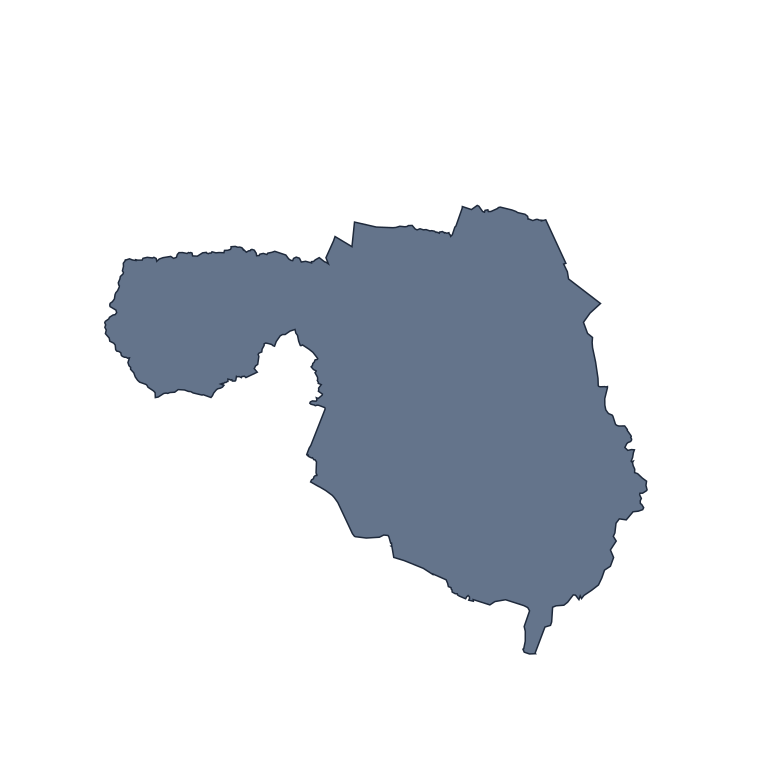 Musi Rawas, Sumatera Selatan, Indonesia (Mercator projection), rotated 19°
{"feature_id": "22746128B56500782521831", "entity_name": "Musi Rawas", "entity_type": "district", "adm_level": 2, "iso_a3": "IDN", "parent_name": "Indonesia", "parent_adm1": "Sumatera Selatan", "projection": "mercator", "projection_center": [103.025, -3.175], "detail": "fine", "context": "isolated", "style": "filled", "palette": "slate", "viewbox_px": 768, "rotation_deg": 19, "n_neighbors": 0, "source": "geoboundaries", "source_scale": "gbopen_adm2", "svg_char_len": 6159}
<svg xmlns="http://www.w3.org/2000/svg" viewBox="0 0 768 768"><g transform="rotate(19 384 384)"><path d="M444.4,535.1L449.7,544.8L460.4,544.4L481.2,545.5L492.2,548.2L492.1,547.7L506.5,548.9L509.1,551.8L510.8,554.6L513.6,554.7L514.3,556.0L515.3,556.6L516.2,558.5L519.6,559.1L521.6,558.5L522.2,559.5L524.2,560.0L531.1,560.5L531.5,558.2L532.4,556.6L534.0,557.4L534.7,558.9L534.5,560.8L539.2,560.3L538.5,558.8L556.0,558.4L559.7,553.6L569.2,548.4L588.4,548.0L592.7,548.6L595.5,551.1L595.5,567.7L598.1,571.8L601.3,581.2L602.3,588.8L601.7,589.5L603.9,591.9L609.4,591.9L615.0,589.7L614.5,589.4L615.3,561.4L620.0,558.0L620.0,554.4L616.1,540.2L618.9,537.7L626.1,534.6L628.7,530.5L631.6,521.8L633.8,521.3L638.5,524.4L638.5,520.5L640.6,522.6L641.9,518.8L647.5,511.4L652.2,504.2L653.1,496.4L653.1,488.2L657.4,482.6L657.6,473.3L652.1,467.2L654.7,456.9L650.4,453.4L650.8,449.6L648.7,440.1L650.4,434.9L657.3,433.6L661.1,423.7L665.8,421.5L669.5,418.6L669.8,416.4L666.9,414.0L665.3,413.5L664.3,411.0L664.6,408.4L661.8,405.6L661.5,404.0L664.1,403.0L666.9,399.5L667.2,398.4L664.7,394.6L663.9,390.4L659.0,388.9L653.0,386.2L649.8,386.2L648.8,382.9L646.2,380.1L644.6,377.5L644.8,375.8L643.5,376.9L642.8,376.5L643.0,372.6L642.2,367.8L642.2,364.7L639.4,365.4L636.1,367.4L632.4,365.6L633.0,361.3L633.8,359.9L635.9,358.1L636.3,356.5L636.1,355.5L634.6,354.1L634.9,353.3L634.4,352.5L629.0,348.6L628.9,347.8L625.2,345.3L619.7,347.3L617.3,347.3L615.9,346.6L610.9,339.9L609.8,339.1L606.3,338.9L605.1,338.4L602.1,336.2L599.7,332.1L597.5,326.0L596.5,314.8L596.2,314.0L596.1,313.7L594.9,314.5L593.6,314.6L589.2,316.3L587.7,316.3L587.1,315.8L584.5,309.0L576.9,294.3L569.4,281.8L567.3,277.0L566.0,272.1L560.0,269.9L552.5,260.7L555.7,249.9L562.5,237.4L524.3,224.6L520.8,218.1L514.8,212.1L516.7,210.7L483.5,176.1L479.9,178.4L479.9,177.8L477.2,178.5L475.8,178.3L474.3,178.8L471.5,181.0L466.5,180.8L466.4,181.8L466.3,180.6L465.2,178.7L462.1,177.6L454.6,178.4L452.4,177.9L448.3,177.8L436.3,178.9L434.6,180.0L434.3,181.0L428.9,186.1L426.5,187.0L425.5,185.5L423.0,186.9L423.1,189.6L423.0,188.8L421.1,188.8L415.8,185.0L414.0,184.8L409.9,190.6L400.3,190.7L400.7,192.4L400.6,211.2L399.9,212.6L400.0,220.6L399.0,222.7L398.2,221.6L396.6,220.7L396.1,219.8L394.3,221.0L392.2,221.0L392.0,221.5L389.7,220.8L387.0,222.3L387.2,223.4L384.3,223.2L383.8,223.7L381.9,223.1L379.1,223.5L377.6,224.3L373.5,224.3L371.1,225.4L367.5,225.5L365.1,227.5L363.1,227.3L359.0,224.9L355.4,226.3L354.6,227.5L352.7,228.5L347.6,229.7L344.3,232.1L341.6,233.3L325.7,238.1L303.4,240.5L309.0,264.6L289.7,260.5L289.7,265.1L288.0,283.5L292.3,288.5L289.7,287.8L287.9,287.8L281.6,285.6L278.5,289.1L277.5,291.1L275.6,291.9L276.1,293.1L269.9,293.5L266.1,295.6L263.1,292.6L259.7,292.6L257.6,294.7L257.5,297.1L255.6,297.4L253.1,296.7L249.2,294.0L237.5,294.1L235.1,296.0L231.5,298.1L231.1,299.7L227.4,299.8L224.3,301.7L224.2,303.1L221.8,304.2L220.5,301.8L219.4,301.1L219.9,300.6L219.3,301.0L217.9,299.7L215.3,299.7L214.3,300.5L214.3,301.3L212.6,302.2L210.9,304.2L207.1,302.4L207.1,302.8L205.3,301.4L203.0,301.5L201.3,302.3L198.6,302.3L194.7,304.0L195.2,305.4L195.0,306.7L192.8,308.4L189.7,309.6L189.9,312.0L185.2,313.4L182.4,314.7L178.3,315.0L177.9,316.5L176.3,317.1L175.4,318.0L173.6,317.9L173.1,317.4L169.8,319.0L165.9,323.9L161.3,325.2L159.9,322.7L158.4,322.6L157.6,323.3L156.4,323.3L155.3,324.7L150.8,325.3L147.4,326.5L146.4,328.8L146.5,331.8L144.2,333.7L140.8,332.8L133.9,336.5L130.8,339.0L129.2,342.0L127.7,339.5L125.2,339.1L124.1,340.2L118.9,341.3L115.2,343.6L115.0,345.6L110.7,347.1L108.8,347.3L109.2,348.0L106.0,348.6L102.6,348.5L99.4,350.9L98.4,350.9L99.3,351.2L98.2,354.7L99.4,357.7L99.8,362.2L101.3,363.3L101.5,364.7L99.7,368.2L100.1,370.7L99.8,374.8L100.9,376.7L101.8,377.3L102.1,378.5L101.7,382.5L100.7,385.1L100.6,387.0L101.4,391.4L100.4,394.6L98.8,396.9L99.0,398.6L99.8,400.0L106.5,401.4L108.0,403.6L107.2,405.9L105.3,407.0L102.7,410.3L102.6,412.0L100.1,415.5L100.0,417.0L101.6,418.7L101.6,421.3L103.8,423.4L104.2,427.1L109.2,430.0L110.8,432.8L115.2,433.4L117.2,434.7L119.1,438.9L120.6,439.9L122.9,439.6L124.9,440.1L126.3,442.4L127.5,443.0L129.8,443.2L131.7,442.7L133.2,443.1L134.8,442.2L134.9,447.1L137.0,449.8L139.0,450.7L139.6,452.6L143.8,454.9L146.5,458.3L149.8,460.7L152.3,461.8L159.1,461.9L160.3,462.4L161.9,463.9L168.4,465.6L170.4,466.7L172.2,471.3L174.8,469.8L178.9,464.6L181.0,463.5L182.6,463.3L184.3,461.8L188.8,459.9L191.2,456.3L197.3,454.6L201.5,454.7L203.9,454.1L206.3,454.6L215.6,453.7L216.4,453.0L224.8,453.1L225.6,451.0L225.9,448.0L227.2,444.5L228.2,442.8L230.8,441.1L232.3,439.5L233.1,437.3L229.5,437.2L231.1,435.9L232.0,435.8L233.0,434.3L234.0,434.1L234.8,432.9L235.6,432.4L234.8,430.2L236.9,430.0L237.4,430.3L238.7,429.5L239.4,430.5L240.0,430.5L241.9,429.8L242.5,429.4L242.6,428.4L242.0,424.8L243.0,424.9L244.7,424.1L247.1,424.4L247.2,423.2L249.6,422.1L251.3,422.9L260.3,414.1L256.3,411.7L256.7,408.7L258.2,406.6L256.7,398.7L255.3,396.9L255.9,395.3L258.0,393.5L257.4,390.7L258.1,386.7L257.6,385.0L258.8,383.8L261.4,383.4L264.8,383.2L266.7,383.9L268.2,383.9L268.3,378.9L270.2,372.2L271.9,370.3L274.4,369.4L278.0,364.5L282.1,361.4L284.0,364.5L286.4,366.2L289.4,371.3L292.3,374.8L293.0,374.8L294.3,373.6L301.7,375.5L306.5,377.2L313.1,381.5L313.3,381.2L312.9,382.5L311.0,383.6L310.9,386.0L310.0,387.8L310.3,389.8L309.5,391.5L312.6,393.3L315.6,393.7L315.7,394.4L315.1,395.8L318.9,399.2L319.8,401.2L319.7,402.3L321.5,404.0L321.6,404.8L324.9,405.0L323.5,409.2L324.2,410.8L324.3,412.2L329.1,413.6L329.1,414.8L326.5,419.1L324.5,419.0L325.8,421.0L325.3,422.4L321.8,423.3L320.2,424.9L320.1,426.3L321.5,426.9L325.0,426.6L326.1,426.9L327.6,425.8L329.2,425.4L335.5,425.6L336.1,426.0L336.5,426.9L334.8,465.9L334.1,468.9L333.9,475.9L335.0,476.6L335.4,475.9L336.5,477.1L339.5,477.5L340.3,477.0L342.4,478.4L343.5,478.1L345.5,479.6L348.7,490.2L350.3,491.9L350.3,492.4L349.0,492.8L348.0,494.4L348.1,496.5L346.7,498.3L346.5,500.5L355.6,502.2L356.0,501.8L355.8,502.1L363.6,503.7L371.3,506.1L374.0,507.6L378.9,511.1L402.9,535.8L405.6,537.6L406.6,537.7L417.4,535.4L429.5,530.4L432.9,526.9L437.1,525.9L438.6,527.2L442.1,532.3L442.9,532.0L444.0,534.5L443.5,534.9L444.4,535.1Z" fill="#64748b" stroke="#1e293b" stroke-width="1.5"/></g></svg>